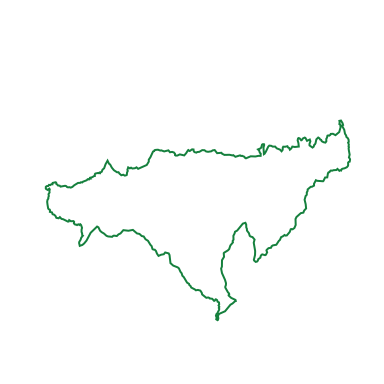 outline of Huamalies, Huánuco, Peru, rotated 198°
{"feature_id": "86281439B96398327811884", "entity_name": "Huamalies", "entity_type": "district", "adm_level": 2, "iso_a3": "PER", "parent_name": "Peru", "parent_adm1": "Huánuco", "projection": "robinson", "projection_center": [-76.611, -9.407], "detail": "fine", "context": "isolated", "style": "outline", "palette": "green", "viewbox_px": 384, "rotation_deg": 198, "n_neighbors": 0, "source": "geoboundaries", "source_scale": "gbopen_adm2", "svg_char_len": 6001}
<svg xmlns="http://www.w3.org/2000/svg" viewBox="0 0 384 384"><g transform="rotate(198 192 192)"><path d="M80.6,287.4L80.4,285.3L80.7,284.1L79.9,281.6L80.4,280.2L82.3,280.0L84.3,280.4L85.3,281.5L86.4,281.5L87.3,282.4L88.8,282.8L90.0,280.5L89.6,276.6L89.8,275.3L90.3,274.7L90.3,272.7L91.1,271.5L94.6,272.6L95.1,273.9L95.1,276.8L96.2,278.3L98.4,276.2L100.9,278.5L101.6,278.6L103.0,277.3L103.7,275.2L104.1,274.9L106.1,276.2L107.2,276.3L107.7,275.7L107.5,273.8L105.9,271.4L104.5,268.2L108.1,266.6L110.6,266.2L111.1,264.0L112.0,262.5L113.3,263.9L114.5,264.1L115.4,265.0L117.4,263.8L119.2,263.3L119.4,262.3L118.8,260.1L119.4,258.4L121.4,259.5L124.9,259.7L127.0,260.9L129.2,260.1L130.9,260.4L132.8,260.0L133.5,258.7L134.2,253.3L134.8,250.8L135.3,250.2L137.7,256.2L137.9,259.1L138.4,259.7L139.5,259.3L140.0,258.7L139.9,255.6L140.5,254.5L142.4,252.9L140.9,252.1L139.7,250.4L138.5,249.7L137.9,247.6L140.0,246.9L142.6,245.4L147.2,244.1L151.1,240.7L152.4,241.0L153.1,241.7L155.6,241.9L156.4,241.4L157.6,241.7L161.6,238.9L164.2,239.8L164.8,239.3L167.8,239.0L172.6,237.3L175.2,237.7L176.1,238.4L180.1,236.7L183.4,238.9L185.2,238.0L186.2,236.7L189.1,235.2L191.1,234.9L193.0,235.6L195.2,235.0L197.4,232.5L199.4,231.6L200.0,230.8L202.0,230.7L203.3,231.8L203.7,232.9L205.1,232.6L206.8,230.3L207.7,230.3L208.4,230.8L208.7,230.5L209.6,227.0L210.7,224.4L215.2,224.0L217.1,222.2L218.7,221.6L219.5,221.8L220.0,223.1L221.4,224.0L223.3,224.0L225.2,223.0L227.3,224.3L231.0,222.0L234.2,222.1L235.0,221.6L237.4,221.7L239.4,220.9L240.5,220.2L240.6,219.2L241.3,218.8L241.6,218.2L242.3,212.2L243.1,209.4L242.5,207.5L243.4,203.7L250.4,197.4L252.4,198.3L253.6,197.0L256.0,195.9L257.5,196.3L258.4,195.3L260.3,195.7L260.3,193.1L259.6,192.2L259.8,190.5L259.3,188.1L260.1,187.3L261.1,186.8L262.7,187.2L264.4,186.1L266.7,187.1L268.0,188.1L269.4,187.6L273.0,188.6L275.8,190.4L278.3,192.8L279.7,193.3L282.0,195.7L282.8,191.6L282.9,187.4L284.0,185.6L284.1,183.4L285.2,182.3L285.2,181.8L285.8,182.0L286.3,181.1L287.0,181.2L289.6,179.7L289.9,179.0L289.4,177.2L290.0,177.0L291.4,175.3L293.4,174.0L293.3,173.6L292.8,173.3L293.9,172.7L293.9,172.1L295.2,171.9L295.8,170.6L298.9,168.1L299.3,167.2L300.6,167.0L301.1,166.2L303.2,165.4L306.1,162.0L307.3,159.9L308.7,158.7L310.0,158.7L311.4,158.1L312.3,158.1L313.4,158.7L314.6,158.7L318.7,156.5L319.7,157.1L321.6,156.8L322.3,157.4L323.6,157.8L324.1,159.0L324.8,159.1L327.3,157.6L327.1,156.2L328.1,156.0L328.9,154.8L330.2,154.6L330.6,153.3L332.1,152.6L332.6,151.7L332.1,150.1L331.5,149.7L329.9,149.4L328.8,151.1L328.1,150.6L327.9,148.8L327.3,147.5L327.8,145.6L326.9,143.9L327.0,142.6L326.6,141.3L327.0,139.9L326.7,137.9L325.6,135.5L323.7,131.9L322.9,131.3L321.9,131.3L321.3,130.7L321.0,129.2L318.8,129.3L317.7,127.8L316.0,127.8L314.4,127.0L313.0,125.5L310.7,125.8L309.9,127.3L307.8,126.1L306.1,126.3L300.8,125.5L300.2,125.8L300.1,127.3L298.1,126.8L295.7,127.7L294.9,127.2L294.6,125.6L293.0,124.9L292.0,125.2L291.1,125.0L290.2,126.1L289.4,126.3L288.9,125.9L288.2,126.8L287.3,126.3L285.5,123.9L285.4,122.1L284.7,119.9L283.8,118.8L283.0,116.9L282.3,116.7L283.2,114.4L283.2,112.2L283.8,109.6L283.6,108.6L282.1,106.1L279.9,107.8L278.7,109.7L277.3,113.2L275.8,121.9L271.6,129.8L270.1,129.5L267.5,126.8L265.6,125.9L262.9,125.3L259.8,123.9L258.1,123.8L254.1,124.7L253.4,125.9L252.7,126.4L249.9,126.9L248.8,129.0L247.2,130.5L245.5,134.5L240.5,135.5L236.5,137.7L231.5,135.6L229.0,135.9L226.2,134.6L224.2,134.8L221.6,132.7L218.8,132.0L215.2,128.9L213.7,128.1L212.0,125.6L211.1,125.3L209.6,125.6L208.1,124.8L206.3,122.6L204.1,120.9L202.0,122.8L199.6,124.1L198.8,126.2L195.2,126.4L193.9,125.1L190.5,117.7L187.1,116.2L182.3,115.9L180.8,115.3L178.4,112.6L176.7,111.5L175.3,109.4L173.6,108.6L168.7,104.3L166.4,103.7L165.8,102.7L164.3,102.1L163.2,100.9L159.1,100.2L158.0,99.7L156.1,100.7L153.6,100.8L151.6,99.2L150.7,97.7L145.7,95.8L144.0,96.7L142.7,96.6L142.3,96.2L139.8,96.7L137.3,95.3L136.7,95.9L136.4,97.2L135.9,97.3L134.7,96.9L133.8,95.6L132.2,95.3L131.4,93.5L131.7,92.3L130.5,91.2L130.7,90.0L130.1,89.5L129.8,88.4L130.5,84.2L131.0,83.5L131.0,81.7L129.8,80.2L129.6,78.4L128.1,78.0L127.8,78.4L127.9,80.0L129.1,82.3L128.5,84.5L123.7,88.8L120.6,96.7L119.0,98.5L117.2,101.6L116.7,101.9L117.3,102.8L122.0,103.4L125.2,104.9L125.3,105.5L125.0,106.3L125.5,107.0L126.8,107.7L130.8,111.4L131.1,112.2L131.0,114.0L131.5,115.8L133.5,118.7L138.4,124.1L140.6,128.1L140.5,130.3L142.4,136.4L141.5,140.2L142.9,143.6L142.7,144.2L139.8,147.6L139.0,149.2L139.0,153.0L137.5,156.7L138.2,157.9L137.8,159.5L139.1,163.1L138.7,165.7L138.8,167.5L137.1,169.3L133.9,177.6L131.7,179.2L130.4,177.8L129.4,175.0L128.5,174.1L127.8,172.3L125.1,170.4L123.6,168.2L122.7,167.8L120.5,167.8L117.8,166.1L117.6,162.8L113.7,155.4L112.6,151.6L112.2,146.6L111.7,146.0L109.8,145.2L108.6,146.0L108.2,147.0L108.2,148.6L106.7,150.7L106.9,152.3L106.4,153.9L105.8,154.4L103.0,154.5L102.3,155.2L101.9,157.9L103.1,159.3L103.1,160.0L101.9,162.2L99.6,163.4L99.5,165.0L98.6,166.2L95.5,167.9L94.3,172.4L93.6,173.5L93.3,176.6L92.0,177.8L90.7,179.7L89.7,179.4L88.4,180.0L86.7,184.2L86.6,187.1L86.0,187.5L84.8,187.6L83.5,189.4L83.2,192.7L85.2,198.3L84.9,200.5L82.0,205.5L79.7,206.8L79.6,209.0L78.4,211.6L80.1,215.5L82.5,219.4L82.7,223.3L82.1,224.4L82.1,225.3L82.7,227.1L82.4,228.7L82.8,230.2L80.7,233.6L79.6,234.0L77.9,235.8L78.5,237.5L77.8,241.5L76.5,241.3L70.7,242.7L70.4,243.2L69.9,246.9L67.9,247.7L68.5,251.9L68.2,252.9L67.4,253.3L67.3,254.2L66.5,255.4L65.4,255.5L64.1,256.5L61.5,257.5L60.8,258.9L58.4,257.7L57.8,258.5L56.8,258.5L56.7,259.9L56.1,260.6L54.2,261.7L52.4,263.4L51.8,264.8L51.8,265.9L52.6,268.1L52.3,269.0L51.4,269.6L51.7,271.7L52.3,272.6L53.4,273.3L53.6,276.2L55.7,280.1L56.6,282.1L56.6,283.2L57.2,283.7L57.5,285.6L58.8,287.2L58.4,288.1L59.3,290.2L60.4,291.3L62.2,292.1L62.9,293.4L64.5,294.7L66.5,298.3L68.9,300.5L69.6,301.7L69.0,302.4L70.1,304.0L72.4,306.0L73.8,305.2L73.2,304.1L72.8,302.1L71.9,302.0L70.7,299.5L70.5,294.5L73.1,290.4L76.0,290.9L78.0,290.1L78.1,289.1L78.9,288.0L80.0,287.9L80.6,287.4Z" fill="none" stroke="#15803d" stroke-width="2"/></g></svg>